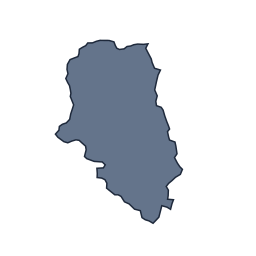 Toledo, Minas Gerais, Brazil (Mercator projection), rotated 236°
{"feature_id": "56859067B38036328952181", "entity_name": "Toledo", "entity_type": "district", "adm_level": 2, "iso_a3": "BRA", "parent_name": "Brazil", "parent_adm1": "Minas Gerais", "projection": "mercator", "projection_center": [-46.383, -22.708], "detail": "fine", "context": "isolated", "style": "filled", "palette": "slate", "viewbox_px": 256, "rotation_deg": 236, "n_neighbors": 0, "source": "geoboundaries", "source_scale": "gbopen_adm2", "svg_char_len": 1560}
<svg xmlns="http://www.w3.org/2000/svg" viewBox="0 0 256 256"><g transform="rotate(236 128 128)"><path d="M221.0,142.2L219.9,139.0L220.3,135.8L220.5,131.7L217.1,129.0L215.2,126.5L216.1,122.7L217.1,118.2L214.6,113.3L210.7,110.2L206.6,108.6L203.8,104.1L199.2,103.4L195.9,103.2L192.4,101.8L188.7,100.1L186.4,97.8L182.3,96.9L177.6,95.9L174.4,91.9L171.7,88.4L167.8,84.5L166.7,79.7L167.8,75.7L167.7,72.0L164.8,69.5L163.5,64.4L159.5,64.7L155.3,66.2L152.5,67.2L149.4,69.8L148.6,74.0L147.3,78.2L145.1,80.6L140.9,81.6L136.7,82.7L133.3,81.1L130.9,78.4L128.7,76.0L125.6,76.7L119.2,81.3L114.2,87.7L110.2,88.5L108.7,85.3L112.0,79.7L107.5,77.1L104.2,74.7L101.2,78.2L98.0,80.0L94.0,79.6L90.1,76.6L80.0,79.7L78.1,82.5L75.2,84.0L68.8,83.8L64.4,86.5L61.1,87.2L57.1,88.0L52.6,92.0L45.9,89.5L42.3,91.0L39.2,93.5L35.0,95.5L35.7,98.8L36.8,103.7L44.7,112.6L40.5,116.1L36.8,117.8L40.7,122.2L43.1,125.6L46.8,121.0L49.4,123.4L53.9,126.7L58.2,127.0L59.4,130.8L59.8,134.9L60.6,139.8L60.3,145.5L63.3,150.0L66.9,149.3L71.2,149.3L77.5,150.0L79.2,154.2L86.1,157.5L90.1,159.1L94.8,155.7L97.7,156.6L102.9,158.7L103.9,161.9L107.8,162.9L111.6,163.7L117.4,165.2L123.2,167.1L126.6,167.1L130.6,164.1L134.6,166.0L138.3,170.2L144.6,171.4L150.6,177.6L155.0,182.4L157.9,187.3L162.7,183.4L168.8,184.6L172.3,185.9L180.4,186.8L184.2,187.3L186.6,191.6L188.7,187.6L192.2,182.9L193.8,179.4L194.5,176.0L196.1,172.8L195.8,169.0L197.9,164.8L200.4,163.3L203.4,163.6L207.3,164.5L211.2,161.2L213.8,157.4L216.3,153.8L217.6,150.2L218.4,146.2L221.0,142.2Z" fill="#64748b" stroke="#1e293b" stroke-width="1.5"/></g></svg>